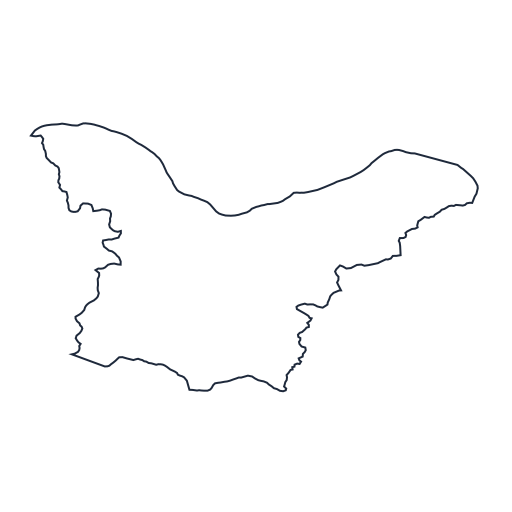 Brejinho de Nazaré, Tocantins, Brazil, rotated 269°
{"feature_id": "56859067B48174787205843", "entity_name": "Brejinho de Nazaré", "entity_type": "district", "adm_level": 2, "iso_a3": "BRA", "parent_name": "Brazil", "parent_adm1": "Tocantins", "projection": "natural_earth1", "projection_center": [-48.621, -11.067], "detail": "fine", "context": "isolated", "style": "outline", "palette": "slate", "viewbox_px": 512, "rotation_deg": 269, "n_neighbors": 0, "source": "geoboundaries", "source_scale": "gbopen_adm2", "svg_char_len": 5602}
<svg xmlns="http://www.w3.org/2000/svg" viewBox="0 0 512 512"><g transform="rotate(269 256 256)"><path d="M305.3,473.1L311.6,475.7L314.4,477.5L319.8,478.9L322.4,478.7L326.4,476.7L329.9,474.5L332.3,472.2L339.3,464.6L340.6,462.6L343.5,459.1L355.8,416.5L356.0,412.8L357.2,407.7L358.3,405.0L359.5,400.9L359.7,398.8L359.6,396.5L358.5,393.0L358.2,390.8L356.6,386.7L355.5,384.6L352.2,380.0L348.5,375.3L346.8,373.1L344.8,371.4L343.3,369.5L341.7,367.4L340.0,365.1L338.1,362.0L334.4,354.7L332.9,351.5L330.9,344.9L330.2,342.6L328.8,338.1L327.3,335.0L323.5,325.4L321.0,318.6L319.0,308.9L318.4,304.9L318.5,302.8L318.4,300.8L318.7,297.9L318.5,294.8L315.0,290.9L312.3,286.1L310.7,283.9L309.8,281.8L308.7,278.7L307.7,270.5L307.7,268.4L306.8,264.9L306.4,262.2L305.6,259.5L305.1,257.2L303.3,252.6L301.4,250.6L299.8,247.7L298.5,242.5L297.5,239.4L296.9,235.7L296.7,231.7L297.0,226.3L298.0,222.7L299.1,219.8L301.3,216.9L308.3,211.1L310.7,208.3L312.2,205.0L313.4,201.9L314.8,199.0L316.2,194.9L317.2,192.6L317.7,190.0L318.9,185.4L321.8,180.1L323.3,178.3L327.3,175.8L330.1,174.3L332.3,173.7L336.4,171.1L339.6,169.0L341.1,168.1L342.9,167.4L349.2,164.7L351.5,163.4L353.8,162.0L355.6,160.6L357.4,158.5L359.8,156.3L361.6,154.0L362.6,152.4L363.9,150.8L366.4,147.4L369.1,143.2L370.3,140.8L371.9,138.3L375.2,133.9L378.3,129.0L380.6,123.8L382.3,118.9L383.1,116.1L383.6,113.7L384.9,110.7L386.0,108.5L387.1,106.0L387.8,104.0L388.7,101.5L389.5,98.7L390.2,96.5L391.0,92.9L391.6,88.0L391.6,85.6L390.5,82.4L389.6,80.2L389.6,78.1L389.9,74.2L391.3,67.1L391.7,64.4L391.3,61.6L391.1,59.6L390.9,53.9L390.6,51.3L390.4,49.2L389.9,46.6L389.2,44.1L388.2,41.8L386.9,39.5L385.3,37.1L380.3,33.1L379.7,35.9L379.5,38.1L380.2,42.8L378.6,44.1L376.9,45.3L374.4,44.8L372.6,44.0L371.0,45.2L368.8,45.5L366.6,45.9L364.7,47.1L361.7,47.7L359.5,47.7L357.7,48.4L355.4,50.6L353.1,52.7L352.2,54.9L350.0,56.9L348.9,59.1L347.3,60.3L345.5,60.6L343.3,60.9L341.2,60.3L339.2,60.9L336.8,60.6L335.2,59.8L333.2,59.6L330.5,61.3L327.8,60.6L326.2,62.1L324.2,63.6L323.9,65.5L323.3,67.6L320.2,68.4L317.8,68.8L314.7,67.9L312.5,68.8L309.9,69.4L307.3,69.4L305.0,70.2L303.8,72.0L303.3,74.2L303.3,76.3L303.8,78.5L306.8,80.9L309.4,81.4L311.6,84.0L311.3,88.9L309.9,92.3L306.5,93.6L303.7,94.1L304.1,98.1L304.5,100.6L305.3,102.8L305.0,106.0L303.6,110.7L300.8,111.8L298.1,111.5L296.1,110.7L293.3,110.8L290.1,109.7L287.2,110.4L285.8,111.8L284.3,113.4L283.3,115.1L282.6,118.3L283.4,121.3L281.0,121.3L278.8,119.8L276.8,118.9L275.8,114.6L275.0,112.0L275.1,108.9L274.6,106.3L274.2,103.4L272.0,102.9L269.8,103.7L268.1,104.1L265.8,107.0L264.0,109.0L263.2,112.1L262.0,113.8L260.6,115.5L258.8,116.9L256.9,119.0L252.9,120.6L249.7,120.5L250.0,117.7L250.9,114.1L250.6,110.6L249.8,107.9L247.2,104.9L246.3,103.0L246.0,100.7L246.2,98.1L244.7,95.3L243.0,97.3L241.8,98.8L239.4,98.9L237.8,98.4L235.7,97.3L232.3,97.5L229.6,97.5L227.0,97.1L224.5,97.2L221.6,98.2L218.2,97.1L216.5,95.7L214.4,93.1L213.4,91.0L212.2,88.6L210.7,86.6L209.4,85.3L207.7,84.2L205.0,83.3L202.2,80.7L200.6,78.5L198.4,74.5L196.6,74.5L193.9,75.9L191.8,78.3L189.6,79.0L188.4,80.4L186.5,81.1L184.2,80.1L182.0,78.4L179.5,75.2L176.9,74.3L174.5,75.7L172.8,77.0L171.2,79.1L169.1,77.7L167.0,78.0L165.1,77.6L163.3,76.4L161.5,73.0L160.9,70.2L158.8,75.6L157.6,78.7L156.5,81.5L148.2,102.9L148.3,105.6L148.9,107.5L150.3,109.1L151.9,111.4L153.9,113.9L155.7,115.8L157.1,117.4L157.2,120.7L155.8,125.2L154.1,131.6L154.8,134.0L155.3,136.3L154.5,138.4L153.9,140.6L152.7,142.3L152.3,144.5L150.9,146.8L150.5,149.6L149.0,154.3L149.5,156.5L149.4,158.9L149.0,161.0L148.1,162.9L146.7,165.0L144.1,168.2L142.7,171.1L141.7,173.1L140.3,175.1L138.7,175.8L137.8,177.7L137.0,180.1L135.9,182.0L132.5,184.7L123.4,187.1L123.2,190.4L122.5,194.7L122.8,196.8L122.5,198.9L122.3,201.2L122.2,205.2L123.2,207.8L124.8,209.3L127.7,211.0L129.4,212.8L129.9,215.9L130.1,218.2L130.8,222.2L131.1,225.0L131.8,227.8L133.0,231.2L133.9,234.1L134.8,236.6L134.7,239.0L136.5,245.8L135.6,250.0L133.6,252.8L131.8,256.1L131.1,258.7L130.5,261.5L129.1,264.8L127.3,266.6L125.5,269.3L123.5,271.6L122.6,274.6L120.8,277.6L120.3,280.8L121.2,283.4L122.9,283.9L125.0,281.8L127.2,282.5L129.4,283.1L131.4,284.5L134.2,284.9L136.4,284.5L138.7,286.6L141.5,288.6L141.9,290.6L144.2,290.3L144.7,292.5L146.7,292.7L147.7,295.3L147.3,297.7L149.6,299.2L150.9,297.6L152.9,296.9L154.6,300.9L157.3,301.2L159.2,303.1L161.0,304.1L163.6,303.7L164.7,300.0L167.3,297.9L169.4,297.5L171.2,298.8L173.2,298.9L174.4,296.9L176.6,296.6L178.4,298.4L179.2,300.8L182.0,304.0L183.5,305.2L184.1,307.6L186.3,307.6L188.2,306.1L190.5,309.3L192.7,310.5L193.2,308.5L195.2,307.4L196.5,305.5L197.9,303.3L200.6,298.7L202.2,296.0L204.4,295.6L205.7,297.4L206.6,300.2L207.5,304.0L206.6,306.4L206.7,309.8L206.6,312.3L205.6,314.6L204.5,316.4L203.8,319.0L203.2,321.8L205.1,324.9L206.2,326.6L208.2,326.9L211.5,328.5L214.4,329.5L215.9,330.8L217.8,332.9L220.0,338.4L220.1,340.4L225.4,337.8L228.1,336.6L230.7,338.0L233.9,338.1L236.1,336.1L239.1,334.8L241.3,336.0L245.1,339.8L244.0,342.7L241.9,346.1L242.3,350.7L243.6,353.3L245.3,356.7L245.6,361.3L244.4,364.2L244.9,368.4L246.7,377.8L247.6,379.5L250.4,385.8L250.2,387.8L251.1,390.7L253.7,392.8L253.7,396.5L254.3,400.6L263.5,400.3L266.8,399.9L268.6,399.0L271.4,400.1L271.4,403.8L272.4,405.9L274.3,406.5L276.4,405.8L277.9,407.6L280.3,412.4L280.6,415.6L281.8,418.1L283.8,417.7L287.9,418.9L289.2,421.2L292.1,425.2L291.5,427.3L291.2,429.6L292.1,431.4L292.3,434.4L294.0,435.4L295.5,437.8L297.1,440.6L299.0,442.4L299.8,445.2L301.1,447.5L302.5,449.7L302.9,452.3L302.6,454.7L303.6,456.8L303.1,461.5L302.8,463.6L303.4,465.9L305.0,467.7L305.5,470.7L305.3,473.1Z" fill="none" stroke="#1e293b" stroke-width="2"/></g></svg>